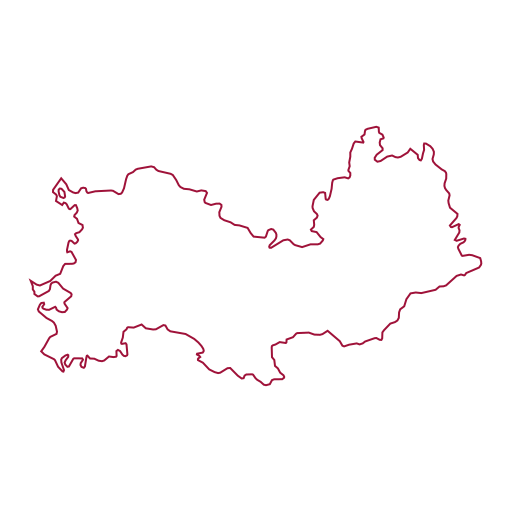 SVG path tracing the border of Mordovia
{"feature_id": "RUS-2372", "entity_name": "Mordovia", "entity_type": "Republic", "adm_level": 1, "iso_a3": "RUS", "parent_name": "Russia", "parent_adm1": "", "projection": "albers", "projection_center": [44.161, 54.419], "detail": "fine", "context": "isolated", "style": "outline", "palette": "rose", "viewbox_px": 512, "rotation_deg": 0, "n_neighbors": 0, "source": "natural_earth", "source_scale": "10m", "svg_char_len": 5966}
<svg xmlns="http://www.w3.org/2000/svg" viewBox="0 0 512 512"><path d="M153.1,329.5L145.8,328.3L141.6,324.5L133.7,327.6L128.1,327.2L127.2,327.7L126.5,329.3L123.5,331.8L122.8,337.6L121.1,342.5L121.3,343.6L121.9,343.9L125.6,343.2L126.5,344.4L127.4,354.4L127.1,355.3L125.4,356.2L123.9,355.9L122.4,354.6L120.1,351.1L117.9,349.9L116.4,351.1L116.6,355.9L116.1,356.7L113.6,357.1L109.0,356.5L104.2,360.5L102.0,361.2L98.6,360.7L94.3,358.7L90.0,358.5L87.4,355.6L86.8,355.8L86.4,357.3L84.9,366.5L83.8,367.8L81.5,366.9L80.5,365.0L80.7,363.2L83.0,359.7L82.2,358.4L74.2,358.3L73.3,358.8L68.9,366.5L67.4,366.8L65.3,364.6L64.6,362.7L65.6,360.3L68.2,356.9L68.3,355.2L67.7,354.7L65.4,355.5L61.9,358.1L61.2,359.6L61.4,362.5L64.0,370.1L63.4,371.6L62.5,371.4L58.1,366.8L55.0,360.2L54.0,359.2L44.3,354.4L41.2,351.3L44.3,347.0L49.2,338.2L50.3,336.9L56.5,333.9L57.0,331.7L55.7,325.8L53.9,322.6L52.0,321.0L46.5,318.0L38.8,311.5L37.9,309.3L39.9,304.7L41.3,303.0L43.8,302.7L44.2,304.2L42.3,306.9L42.5,307.8L43.4,308.7L46.3,309.7L49.1,309.8L55.2,306.8L56.1,307.8L56.6,309.6L58.9,311.3L62.0,312.2L64.8,312.0L67.0,309.6L67.6,308.1L64.7,303.9L64.3,302.8L64.5,302.0L71.2,296.3L71.6,294.3L70.7,293.0L63.1,288.6L58.3,282.8L56.0,281.7L52.5,282.6L51.2,283.6L50.5,285.3L49.9,289.2L48.8,291.0L39.1,296.3L37.7,296.4L34.4,294.0L34.4,291.7L32.8,289.4L32.8,286.1L30.7,280.8L36.6,284.6L39.9,285.5L50.2,281.0L55.6,275.7L60.2,273.8L63.3,266.0L65.1,263.9L72.0,263.8L73.8,263.5L75.5,262.3L76.0,260.0L71.5,251.9L70.1,251.3L67.3,252.3L67.1,251.8L67.0,249.8L68.5,242.7L69.1,241.2L70.0,240.6L71.6,240.9L74.5,243.6L75.7,243.3L77.3,241.8L78.1,240.2L78.0,239.5L75.7,236.0L75.0,234.2L76.1,233.2L79.4,232.2L82.1,229.3L82.9,227.7L82.5,225.0L78.5,223.0L77.0,218.8L74.2,216.6L74.5,215.1L76.8,212.6L77.7,210.5L77.2,208.1L75.9,205.1L74.7,205.1L70.4,209.1L69.6,209.1L68.8,208.6L66.7,204.3L65.5,203.1L63.8,202.6L62.2,205.0L56.0,201.0L56.9,196.2L56.2,194.6L53.0,192.1L53.1,189.8L61.2,178.3L66.3,184.3L68.8,190.0L73.0,192.4L75.5,193.1L78.2,192.6L81.1,188.3L83.2,187.7L85.3,188.1L86.0,188.9L86.4,191.2L87.2,192.5L88.1,193.0L95.3,191.3L111.0,190.5L113.0,190.8L118.5,194.1L120.8,193.8L122.1,192.5L124.0,188.3L126.1,179.1L127.3,175.7L128.4,174.2L133.0,172.1L135.7,169.6L137.7,168.8L151.2,166.4L154.1,167.2L156.3,169.7L158.4,171.0L170.6,173.8L172.8,175.0L176.2,180.0L178.8,185.2L180.4,187.0L183.9,188.8L189.4,189.3L196.8,191.5L201.3,190.4L205.7,191.1L207.0,192.9L204.2,199.7L204.7,202.1L205.4,202.9L211.0,205.0L216.0,203.7L219.6,203.6L221.4,204.9L221.5,206.8L219.3,212.2L219.5,215.8L220.5,217.9L224.2,220.2L230.6,222.3L234.6,224.9L239.4,225.4L247.6,227.9L250.7,233.1L253.6,236.6L264.6,237.7L265.9,236.6L267.7,231.1L268.3,230.2L271.2,229.0L273.3,229.6L275.8,232.8L276.4,234.5L276.4,236.5L275.9,238.4L274.4,240.5L269.7,245.2L269.2,246.8L269.6,247.7L271.1,247.8L283.3,240.3L287.7,239.5L289.8,240.3L293.6,244.2L295.1,245.1L302.1,247.1L310.6,244.3L317.9,244.3L320.1,243.6L322.8,240.5L323.3,239.1L320.6,237.1L316.6,232.1L311.7,231.1L310.9,229.6L313.8,226.9L314.2,224.8L313.8,220.3L316.9,217.6L317.6,215.6L316.9,214.0L314.0,211.3L312.6,208.0L312.5,206.3L313.8,199.9L319.6,192.7L323.2,192.2L325.1,192.9L325.7,199.0L326.2,199.6L327.6,199.9L328.8,198.8L329.9,196.2L331.6,188.8L332.2,182.7L332.9,180.2L333.4,179.6L337.7,178.2L344.7,177.3L348.2,178.4L349.6,177.4L350.3,175.5L350.3,173.0L348.4,170.8L348.4,169.9L349.7,166.2L349.2,162.5L350.3,156.7L350.3,152.5L352.0,148.7L353.7,143.5L355.3,141.5L363.2,142.6L363.5,142.0L361.7,138.3L361.4,136.8L364.5,134.5L365.0,131.0L365.5,129.8L367.6,128.8L376.3,126.8L378.7,127.6L378.9,131.8L379.3,132.9L382.4,134.6L383.7,137.6L383.4,138.4L380.5,139.3L379.7,142.5L380.0,145.1L382.6,148.3L382.6,150.1L376.7,154.7L374.7,157.8L374.8,159.7L377.4,161.7L380.6,161.0L387.2,156.6L392.1,155.5L395.4,157.1L397.9,157.5L400.7,156.8L407.7,152.5L410.3,148.8L417.7,154.8L418.0,158.1L419.5,160.0L420.8,160.4L421.9,158.7L423.0,153.4L424.1,149.9L423.8,145.0L424.2,143.5L426.0,143.6L430.3,146.2L432.6,148.8L433.9,151.8L433.8,154.4L432.5,159.0L433.1,161.5L435.5,164.5L441.7,169.4L444.8,171.1L446.0,172.7L446.3,174.1L446.2,178.6L444.6,183.3L444.4,185.9L445.0,188.1L446.2,190.0L449.2,193.4L449.6,195.3L448.3,200.6L448.6,203.1L450.0,207.7L457.5,213.9L457.3,216.3L456.4,218.1L449.9,225.5L450.9,227.0L452.0,227.2L458.7,224.1L459.7,224.9L458.7,226.9L458.6,228.0L459.5,230.3L459.3,232.5L454.8,239.9L456.6,240.8L464.0,238.5L465.4,238.8L465.4,239.8L464.6,241.3L463.4,242.4L460.3,243.8L458.6,245.6L457.9,247.1L458.3,248.7L461.8,255.6L462.5,255.9L469.1,254.8L472.2,255.2L480.2,258.1L481.1,261.3L481.3,263.6L480.9,264.9L479.1,267.5L466.3,273.0L464.9,275.0L464.1,275.4L461.0,274.5L456.6,275.9L446.1,285.4L443.5,286.3L439.5,286.5L435.6,289.8L421.3,293.1L415.7,292.5L410.5,293.4L406.4,299.2L404.2,306.3L400.2,309.3L399.1,312.3L398.8,317.9L397.4,320.5L395.0,322.1L390.3,323.6L384.0,330.2L382.4,332.4L382.2,338.4L381.4,339.9L379.7,339.8L376.3,338.0L374.6,338.2L365.1,341.5L362.7,343.4L359.6,344.4L356.7,343.4L349.1,344.7L344.1,346.4L342.4,345.7L339.8,341.2L327.6,330.8L322.5,334.1L320.0,334.8L314.4,334.6L308.8,332.6L297.2,333.1L296.1,333.7L293.0,337.2L286.6,339.5L286.4,342.4L285.8,343.0L279.7,342.1L275.5,344.5L272.9,345.3L271.9,346.1L271.7,347.4L272.0,357.2L274.3,360.0L275.0,365.9L277.9,368.4L280.2,372.7L283.5,375.3L284.2,376.8L284.1,377.7L282.2,379.2L274.1,379.3L272.0,380.1L269.8,384.2L266.0,385.2L263.8,384.7L260.6,381.8L257.2,379.8L255.5,378.2L253.1,374.7L252.1,374.3L246.3,374.5L244.6,375.6L243.6,378.2L241.7,378.5L237.8,375.7L230.2,368.0L227.5,368.2L220.2,372.7L218.1,373.1L214.6,372.1L209.2,369.4L202.9,362.7L198.0,360.1L197.9,359.1L198.3,358.4L200.2,357.0L199.3,355.8L196.9,354.5L197.1,353.7L202.7,352.6L203.6,351.3L203.7,350.4L203.2,348.7L201.4,345.9L198.4,342.5L194.2,338.9L185.6,334.0L170.3,331.3L167.6,329.4L165.4,325.5L163.4,325.1L155.9,329.3L153.1,329.5ZM63.5,198.0L64.7,197.4L65.1,196.4L64.4,191.9L61.5,188.8L59.9,188.5L58.7,189.6L58.6,191.5L59.4,195.2L60.4,196.8L63.5,198.0Z" fill="none" stroke="#9f1239" stroke-width="2"/></svg>